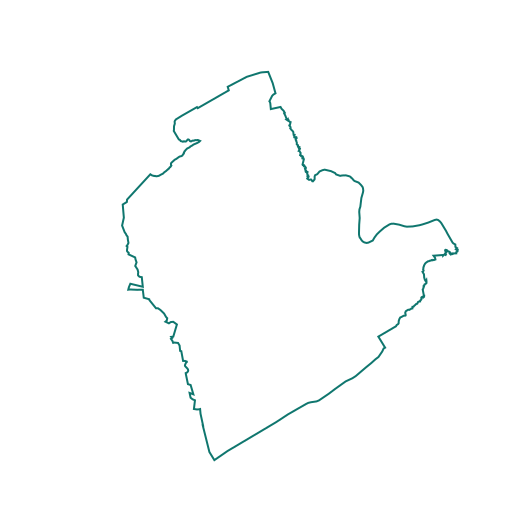 outline of Camden, New South Wales, Australia, rotated 140°
{"feature_id": "25037944B29927872698138", "entity_name": "Camden", "entity_type": "district", "adm_level": 2, "iso_a3": "AUS", "parent_name": "Australia", "parent_adm1": "New South Wales", "projection": "mercator", "projection_center": [150.696, -34.016], "detail": "fine", "context": "isolated", "style": "outline", "palette": "teal", "viewbox_px": 512, "rotation_deg": 140, "n_neighbors": 0, "source": "geoboundaries", "source_scale": "gbopen_adm2", "svg_char_len": 6135}
<svg xmlns="http://www.w3.org/2000/svg" viewBox="0 0 512 512"><g transform="rotate(140 256 256)"><path d="M405.7,160.4L417.7,135.8L419.1,126.4L403.1,124.9L347.5,115.8L333.1,114.1L313.0,110.5L310.4,109.9L307.8,108.6L303.1,105.7L300.6,104.9L288.8,103.7L280.7,103.3L267.9,102.3L260.8,100.4L256.9,99.9L243.2,100.0L236.6,99.9L230.7,100.1L227.2,99.9L220.7,101.7L217.7,103.1L216.0,102.8L214.1,115.6L193.9,112.2L192.6,112.7L190.9,112.5L190.1,112.7L188.4,114.5L186.6,115.6L185.0,116.2L183.8,115.8L181.2,115.3L180.1,114.4L179.6,114.3L178.9,115.1L178.3,116.5L176.8,117.4L174.3,117.1L173.8,116.9L173.0,116.1L172.6,116.2L171.7,115.9L170.9,115.9L169.9,115.3L168.8,116.5L167.9,115.9L166.6,116.2L165.6,116.1L164.3,116.3L163.1,115.8L161.5,116.6L160.8,116.5L159.5,115.7L159.0,116.3L158.3,116.4L157.7,116.3L157.1,116.5L156.2,117.8L155.6,118.0L154.8,117.8L155.0,117.1L154.8,116.7L153.5,116.7L152.7,117.5L152.9,117.7L149.8,123.2L149.5,123.2L148.4,123.8L148.0,124.2L147.1,124.5L147.0,125.3L146.8,125.4L145.9,125.3L145.3,125.9L143.7,125.6L142.8,125.7L141.6,127.1L141.0,128.0L142.2,127.6L142.0,129.1L141.0,131.4L139.1,134.0L138.6,136.9L137.7,136.8L136.9,137.2L136.6,138.3L135.4,139.2L135.0,139.8L134.3,140.0L133.4,140.7L131.3,141.5L130.2,141.6L127.7,141.4L127.0,140.9L125.9,140.7L125.1,140.1L124.2,140.1L123.8,139.4L122.9,139.3L122.5,138.6L120.8,138.0L120.0,139.5L119.8,142.1L112.0,136.5L112.4,136.0L110.6,136.1L110.1,134.9L109.4,135.2L109.6,136.1L109.4,136.4L107.9,136.6L108.0,137.5L107.6,138.6L107.4,138.9L106.8,138.9L106.1,138.0L105.9,137.1L106.0,136.5L105.7,135.8L105.3,135.3L105.0,134.5L105.2,133.8L105.9,133.7L106.0,132.7L105.9,132.2L105.2,132.5L104.9,131.5L104.5,131.3L103.9,131.1L103.7,131.6L100.9,129.3L100.2,130.2L98.7,130.0L97.6,131.0L98.4,131.7L98.6,132.7L96.9,132.8L97.4,134.8L95.9,136.7L96.7,138.7L96.8,139.9L95.0,150.0L94.3,153.1L92.9,162.1L92.9,164.1L93.3,166.4L94.2,167.8L95.9,168.7L102.6,170.9L108.2,173.2L111.0,174.5L116.9,177.9L121.6,181.5L123.2,183.4L126.2,188.0L129.8,192.3L131.6,193.7L133.4,194.4L139.6,195.3L145.5,195.2L149.5,194.9L153.3,194.0L156.6,192.8L161.3,194.0L162.9,194.9L164.3,196.8L164.9,198.5L165.0,200.1L164.6,202.9L164.7,203.4L164.2,204.6L163.3,206.2L161.9,207.9L156.7,213.8L152.2,218.4L148.6,223.4L146.8,225.2L144.4,226.7L138.0,232.7L133.4,235.8L131.9,237.0L130.5,239.1L130.0,240.4L129.9,242.9L130.2,246.3L132.3,250.1L132.5,251.2L132.5,253.8L132.8,254.9L132.7,255.9L133.4,257.3L135.3,260.0L138.2,262.3L140.0,263.3L142.2,267.0L142.1,268.7L144.0,272.8L147.9,278.0L149.9,279.0L153.0,279.9L156.5,279.3L158.8,279.9L160.0,279.2L161.5,277.4L162.0,277.0L164.4,276.6L164.8,277.0L164.8,277.4L164.6,278.6L164.7,279.3L166.4,280.2L167.0,282.4L166.6,282.6L165.4,282.6L164.9,282.9L165.3,283.5L165.3,284.1L164.2,284.3L164.4,285.1L163.7,286.4L163.1,286.7L162.5,287.3L163.1,288.3L163.7,288.1L163.8,288.4L163.4,289.3L162.7,289.5L162.8,290.4L162.2,291.7L161.7,291.8L161.3,291.4L161.0,291.7L161.0,293.5L161.5,293.9L160.8,294.4L160.8,294.7L161.0,295.0L161.7,295.6L161.6,296.1L157.1,299.4L156.8,300.4L157.0,300.6L157.5,300.6L157.7,300.9L157.4,301.1L157.2,301.7L156.3,301.9L156.2,302.3L156.7,303.5L157.2,303.7L156.9,304.5L157.3,304.7L157.4,304.9L155.6,306.2L155.3,308.4L155.7,309.0L154.6,309.4L154.3,310.1L153.9,309.8L153.3,309.9L153.2,310.1L153.2,310.3L153.4,310.7L153.3,310.9L153.5,311.4L152.9,311.7L153.6,312.4L153.6,312.8L153.3,313.3L152.9,313.4L152.6,313.9L153.0,315.3L151.8,316.7L151.3,318.3L151.0,318.5L150.9,319.6L150.4,320.0L149.2,320.1L148.7,320.9L148.8,321.2L149.8,321.1L149.9,321.8L150.4,322.1L150.4,322.3L150.3,322.6L149.7,322.7L149.4,323.5L148.8,323.9L149.3,324.2L149.4,324.5L147.7,327.1L147.6,328.6L147.8,329.5L147.7,331.8L147.1,332.0L146.6,332.9L146.5,333.6L146.7,334.1L146.5,334.7L145.5,334.8L143.5,336.3L143.9,336.8L143.8,337.2L144.3,338.6L143.7,339.2L143.8,339.7L143.6,340.2L144.7,339.9L145.0,341.0L144.6,340.9L143.3,344.7L142.7,347.3L141.9,347.2L141.5,349.5L141.8,352.3L141.4,354.4L150.2,359.0L146.9,363.8L146.4,364.9L146.3,365.9L140.7,368.3L139.0,368.5L136.5,368.1L132.1,377.7L128.3,389.2L133.3,392.8L134.8,393.7L147.9,399.2L168.9,403.8L170.4,400.4L205.6,406.7L205.5,408.0L222.5,411.1L229.5,412.1L231.2,411.7L232.0,411.2L233.1,409.6L235.4,408.1L238.0,405.1L238.6,404.7L240.2,394.9L239.7,393.9L239.8,392.4L239.0,391.4L238.8,390.8L238.3,390.4L237.4,390.2L237.1,389.6L236.2,388.8L235.2,388.8L233.5,389.1L233.1,389.0L232.6,388.1L232.7,386.4L232.3,385.7L231.8,385.4L230.8,385.3L230.0,384.9L229.5,384.3L228.1,383.9L227.2,383.0L226.4,382.6L225.9,382.1L224.9,380.1L226.3,380.0L228.5,380.4L232.4,381.6L233.6,381.6L236.0,382.1L236.8,381.9L239.7,382.6L242.5,382.3L243.2,382.0L243.6,382.1L244.2,381.7L244.8,381.6L245.2,381.0L246.1,380.7L246.7,380.8L247.6,380.3L248.8,380.4L250.4,381.2L251.4,381.4L254.6,381.6L256.4,382.0L261.0,381.8L261.8,381.4L262.6,380.4L262.7,379.7L264.5,379.2L265.2,379.4L266.6,378.9L267.2,379.1L268.1,378.9L268.8,379.0L270.2,378.9L272.5,379.1L274.3,378.9L277.2,379.6L278.3,379.7L279.6,380.2L281.2,381.2L282.0,382.4L282.5,382.6L283.9,384.7L284.4,386.5L318.5,382.1L320.2,380.4L325.0,381.1L332.6,370.3L339.0,365.4L341.3,358.7L341.5,356.3L341.9,355.1L341.9,353.4L343.7,350.8L345.3,348.0L347.3,347.1L348.7,346.8L348.6,345.6L351.0,343.5L351.6,342.7L351.7,342.2L351.5,340.2L352.6,339.2L349.5,332.6L350.5,330.8L351.6,327.9L354.9,326.0L355.4,321.8L356.6,319.3L357.9,318.1L358.8,316.9L358.6,315.0L357.1,313.2L362.5,305.2L370.1,315.5L373.4,313.8L375.5,312.3L374.0,311.3L369.2,306.9L364.4,302.9L368.8,296.2L365.6,291.5L366.0,290.7L366.2,280.2L364.7,279.0L363.9,276.0L363.4,271.0L364.1,267.1L364.0,265.4L365.9,263.9L367.6,263.9L366.0,260.4L363.8,260.2L361.7,258.8L360.6,254.4L371.2,247.4L372.9,248.5L373.0,247.1L374.4,247.2L374.6,244.7L375.3,242.7L374.2,242.2L371.6,239.5L372.1,236.5L375.1,232.1L374.4,231.1L379.3,222.5L377.8,221.2L376.9,219.7L377.0,219.3L378.3,219.2L380.2,218.3L380.9,217.7L381.1,217.1L380.9,214.0L381.0,212.9L381.6,211.8L382.4,211.3L383.0,211.2L383.8,211.1L385.1,211.5L385.5,210.9L390.5,201.6L389.0,199.2L392.9,190.3L394.9,193.8L397.2,189.5L396.7,187.0L395.5,184.7L401.9,178.7L399.9,176.4L398.1,175.1L397.2,174.7L399.9,170.8L405.5,160.2L405.7,160.4Z" fill="none" stroke="#0f766e" stroke-width="2"/></g></svg>